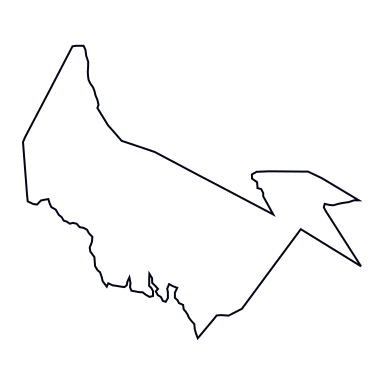 outline of Matinha, Maranhão, Brazil
{"feature_id": "56859067B91136777616076", "entity_name": "Matinha", "entity_type": "district", "adm_level": 2, "iso_a3": "BRA", "parent_name": "Brazil", "parent_adm1": "Maranhão", "projection": "natural_earth1", "projection_center": [-45.01, -3.058], "detail": "fine", "context": "isolated", "style": "outline", "palette": "ink", "viewbox_px": 384, "rotation_deg": 0, "n_neighbors": 0, "source": "geoboundaries", "source_scale": "gbopen_adm2", "svg_char_len": 1838}
<svg xmlns="http://www.w3.org/2000/svg" viewBox="0 0 384 384"><path d="M256.6,171.8L251.9,174.4L252.0,178.6L257.1,182.2L257.5,188.1L261.2,189.1L263.2,193.0L263.2,196.3L273.3,214.5L227.0,190.1L201.2,176.6L169.3,159.7L154.8,152.0L134.1,145.0L121.6,140.8L113.7,131.7L108.1,125.4L97.4,108.0L98.5,104.9L97.4,99.9L95.4,95.0L94.5,91.1L93.0,87.3L90.3,83.5L88.6,79.9L88.1,76.6L87.8,72.0L88.1,67.0L88.2,61.8L86.2,55.7L85.5,50.0L83.6,45.8L76.1,45.8L72.5,46.3L48.4,92.7L25.1,137.1L23.0,142.1L27.0,194.2L27.7,201.4L33.5,204.1L37.1,204.5L40.9,200.5L45.3,199.6L48.4,199.1L49.5,203.0L51.3,207.1L55.7,209.6L58.8,214.9L61.6,217.1L63.7,220.6L66.5,221.5L69.9,223.7L72.7,222.9L76.6,223.7L79.7,227.2L83.3,227.8L87.0,229.7L88.9,233.2L92.4,236.9L91.9,242.0L89.7,247.6L90.3,251.5L94.4,257.1L94.8,262.5L95.1,266.2L97.6,270.3L100.0,272.2L101.5,276.3L102.7,281.3L104.9,284.2L106.8,286.7L108.3,283.3L112.6,285.3L116.6,285.9L121.4,286.7L124.5,287.1L126.8,285.1L127.4,281.7L129.4,277.4L130.5,283.1L130.0,287.1L131.4,290.7L135.3,291.4L138.9,292.1L142.7,292.3L145.9,294.8L149.6,296.9L153.0,296.0L153.0,291.1L151.4,288.1L149.1,285.8L149.2,281.9L149.2,278.3L149.4,273.8L152.1,278.2L152.2,282.9L155.3,285.9L158.0,288.9L155.8,291.4L157.9,295.2L160.9,297.0L162.9,300.9L165.7,301.8L167.9,298.1L167.9,292.3L167.2,288.7L169.1,284.1L172.9,286.2L177.2,287.8L174.9,292.7L174.9,297.8L177.5,300.2L179.0,303.1L183.1,304.9L183.7,309.4L185.9,311.9L187.6,314.6L188.9,317.7L191.4,320.9L194.3,324.1L194.8,329.3L196.0,333.5L197.8,338.2L213.8,319.1L216.6,315.5L220.9,315.1L228.6,315.6L241.9,308.8L251.1,296.4L265.1,277.4L300.8,229.2L361.0,266.3L331.4,219.9L325.9,211.3L323.8,207.3L324.7,203.9L329.8,205.0L333.3,205.3L338.6,203.8L342.5,203.0L348.7,202.1L354.1,200.3L358.8,200.3L321.9,178.2L308.0,171.6L303.3,171.6L269.6,171.3L256.6,171.8Z" fill="none" stroke="#020617" stroke-width="2"/></svg>